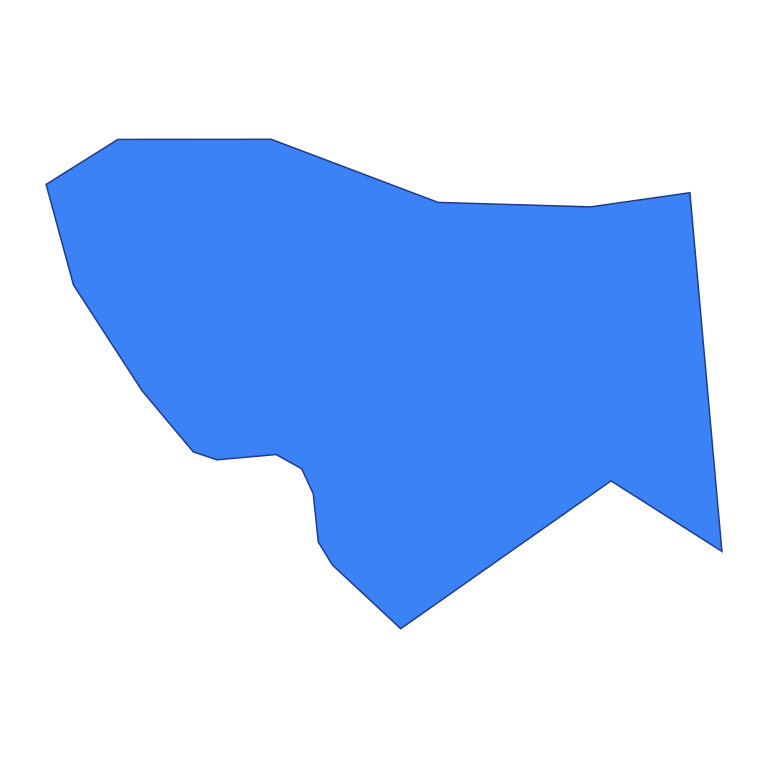 the state/province of Vaisigano
{"feature_id": "WSM-4992", "entity_name": "Vaisigano", "entity_type": "state/province", "adm_level": 1, "iso_a3": "WSM", "parent_name": "Samoa", "parent_adm1": "", "projection": "albers", "projection_center": [-172.717, -13.564], "detail": "fine", "context": "isolated", "style": "filled", "palette": "blue", "viewbox_px": 768, "rotation_deg": 0, "n_neighbors": 0, "source": "natural_earth", "source_scale": "10m", "svg_char_len": 358}
<svg xmlns="http://www.w3.org/2000/svg" viewBox="0 0 768 768"><path d="M400.7,628.7L332.3,564.9L318.3,542.0L313.2,493.6L301.7,468.8L276.1,454.5L216.9,459.8L193.3,451.9L142.1,390.8L73.5,285.0L46.1,184.4L117.9,139.4L271.2,139.3L438.1,202.4L590.3,206.9L689.9,192.7L721.9,551.4L611.0,480.9L400.7,628.7Z" fill="#3b82f6" stroke="#1e3a8a" stroke-width="1.5"/></svg>